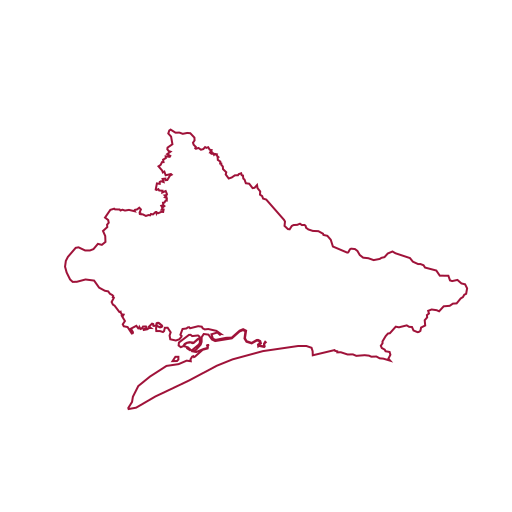 outline of Pedernales, Manabi, Ecuador, rotated 246°
{"feature_id": "8360857B91942112022560", "entity_name": "Pedernales", "entity_type": "district", "adm_level": 2, "iso_a3": "ECU", "parent_name": "Ecuador", "parent_adm1": "Manabi", "projection": "natural_earth1", "projection_center": [-79.906, 0.068], "detail": "fine", "context": "isolated", "style": "outline", "palette": "rose", "viewbox_px": 512, "rotation_deg": 246, "n_neighbors": 0, "source": "geoboundaries", "source_scale": "gbopen_adm2", "svg_char_len": 6153}
<svg xmlns="http://www.w3.org/2000/svg" viewBox="0 0 512 512"><g transform="rotate(246 256 256)"><path d="M389.2,247.9L394.9,245.9L396.4,243.2L397.4,238.8L399.9,236.2L401.4,232.6L406.2,229.4L405.9,227.8L403.6,225.7L399.6,227.0L392.1,225.1L391.0,219.3L389.6,218.4L387.4,218.9L386.1,220.3L385.2,216.3L382.3,218.4L381.7,217.5L383.8,214.0L382.1,213.4L381.8,210.3L379.4,209.7L380.0,208.3L378.0,205.9L377.6,203.4L372.3,205.0L370.2,204.9L370.4,206.6L366.5,206.3L365.5,211.6L364.6,212.0L364.5,210.2L361.5,205.9L362.1,204.1L363.6,204.7L364.4,202.0L361.2,201.6L362.9,199.7L362.8,198.2L361.1,197.4L362.6,195.0L357.5,191.4L356.8,192.0L356.8,194.0L355.2,194.2L353.7,197.1L352.1,196.2L352.1,199.9L348.6,199.8L348.1,199.1L348.5,197.4L347.1,198.1L346.7,196.7L345.1,198.1L342.9,197.0L343.4,196.0L342.1,194.1L342.5,192.7L340.1,192.0L338.9,192.6L338.6,191.5L340.2,191.0L340.4,189.9L337.8,190.1L336.7,188.6L335.9,190.4L334.0,189.1L334.8,187.6L334.9,183.9L335.9,183.1L335.5,182.6L336.7,182.9L337.0,182.1L335.9,178.8L337.1,177.1L336.2,175.9L337.1,174.5L337.4,171.7L340.1,169.5L340.9,167.9L341.7,167.9L341.8,167.0L343.0,167.3L345.4,169.8L347.6,169.0L346.9,166.3L347.4,164.2L347.0,163.3L346.2,163.4L349.8,158.7L350.8,154.8L352.6,152.8L352.7,150.7L354.0,150.3L355.9,146.2L356.9,145.7L357.4,141.7L352.5,133.7L349.0,135.6L346.3,135.0L345.2,132.7L342.9,131.9L341.1,126.4L335.6,126.4L330.1,124.2L328.9,119.7L331.4,116.5L328.4,110.3L328.6,106.6L330.5,102.2L336.1,97.4L336.8,94.6L331.7,83.8L328.9,80.3L323.9,77.2L317.9,76.3L310.2,76.6L306.9,78.0L305.3,81.9L303.9,90.7L299.4,98.1L290.9,99.8L285.7,103.8L283.8,106.6L280.9,107.2L278.7,108.9L277.4,109.3L276.6,108.4L275.6,109.1L272.7,105.4L269.8,105.5L268.2,106.6L260.5,108.4L260.2,109.4L259.2,108.5L259.7,109.4L257.3,109.6L256.3,111.2L255.5,110.2L255.7,109.1L249.9,109.8L247.8,106.5L245.6,106.6L243.3,109.8L235.7,111.0L235.6,112.0L236.4,112.6L240.5,112.2L240.9,118.3L237.7,119.0L237.5,119.7L238.5,120.6L236.3,120.8L236.2,122.0L237.5,124.1L236.4,126.8L234.3,126.8L234.9,123.6L234.1,123.4L233.3,126.8L233.7,129.1L233.0,130.6L235.0,129.5L236.5,133.5L235.7,134.4L234.1,133.8L233.6,134.3L233.1,136.7L234.9,137.7L235.1,138.3L234.8,139.5L234.1,140.2L230.8,141.8L230.0,141.8L229.5,140.9L229.8,139.3L232.5,136.9L230.9,135.4L228.0,134.4L226.5,137.7L224.4,140.1L224.8,141.5L227.5,143.5L226.4,146.1L221.0,147.0L218.5,144.7L214.8,143.8L211.4,148.4L211.1,152.1L212.5,154.9L213.2,155.5L214.8,154.9L219.2,159.2L218.1,162.9L218.5,164.7L218.1,166.0L216.8,166.4L215.4,174.6L213.5,177.7L211.6,177.9L209.8,179.3L208.7,182.7L203.7,189.4L199.0,192.2L199.6,191.0L197.9,191.4L201.8,189.6L202.6,183.5L197.9,183.0L195.8,185.0L193.4,195.5L191.3,200.6L194.5,210.7L194.4,214.5L191.8,216.6L185.4,212.5L182.1,212.7L178.4,216.7L179.0,222.5L178.4,223.9L176.6,225.3L174.3,225.0L174.2,222.6L173.5,222.2L170.0,226.5L172.6,227.6L173.9,229.5L173.2,229.8L172.5,227.8L169.8,227.1L169.6,226.4L172.7,222.1L172.5,221.3L174.3,221.8L174.8,224.6L177.7,223.9L178.4,221.9L177.9,216.5L181.5,212.4L185.3,211.9L191.5,215.7L193.6,214.0L193.7,210.2L190.6,200.4L194.9,184.1L197.6,181.8L203.5,180.6L206.0,176.5L203.9,173.3L199.7,171.4L197.5,169.4L194.8,163.2L194.2,160.0L192.6,162.3L192.4,170.3L191.8,173.8L192.4,174.8L194.3,174.9L194.4,175.4L193.8,177.0L194.1,175.1L192.5,175.1L191.2,174.2L192.0,169.1L188.9,159.3L188.9,158.2L190.0,158.0L190.0,156.7L188.2,154.1L186.4,153.6L188.6,150.1L188.7,141.3L192.0,129.5L189.0,110.2L185.1,95.6L177.5,86.3L173.1,83.4L169.1,77.5L168.0,77.4L166.2,84.8L168.6,107.0L169.5,144.1L171.7,175.5L171.1,192.6L166.3,223.6L156.7,257.7L153.3,265.4L149.6,269.4L146.0,269.0L142.2,267.5L138.1,289.5L137.1,289.7L135.9,291.5L134.9,291.1L133.6,294.3L128.8,299.6L126.7,304.5L124.0,307.0L121.2,314.9L119.0,318.7L117.1,320.4L115.2,325.1L112.2,327.4L110.5,330.5L105.8,336.0L108.4,335.2L111.1,338.6L114.0,339.0L116.3,335.6L118.1,335.5L120.8,333.5L123.2,333.5L124.8,336.1L126.5,336.8L130.1,341.9L131.5,345.0L131.0,346.9L134.6,354.9L132.7,357.6L131.3,365.5L129.0,367.1L127.7,369.6L123.9,369.6L120.7,372.6L120.4,373.7L120.7,375.7L123.5,377.7L123.7,382.3L128.7,384.0L130.3,387.4L132.5,388.1L133.1,390.6L135.9,391.0L135.7,394.7L133.0,399.0L131.0,400.8L133.7,407.0L131.7,412.7L132.4,416.5L131.1,420.0L134.0,425.8L134.3,428.3L135.9,430.5L136.0,432.6L140.6,435.7L145.1,435.5L147.4,432.5L152.2,430.3L153.3,425.0L154.8,423.3L159.7,423.7L163.3,415.9L169.4,414.8L176.7,405.7L179.4,405.3L181.8,402.9L182.7,400.8L187.0,397.0L191.5,395.8L201.8,384.5L204.6,382.5L204.7,377.4L202.7,372.9L203.3,369.9L203.0,367.8L204.4,361.8L208.3,357.7L210.9,353.2L214.7,351.2L219.4,350.7L222.1,349.2L224.0,345.9L223.9,344.6L221.8,341.7L222.0,340.7L233.4,330.1L240.4,330.9L245.4,329.4L247.8,326.2L249.1,326.3L253.3,323.1L255.8,318.1L259.0,314.6L261.5,313.2L263.1,313.6L264.6,313.0L265.6,310.5L267.6,309.3L267.7,306.3L269.0,302.9L268.9,300.9L266.7,297.6L267.6,296.1L271.9,294.3L275.7,296.5L277.6,296.3L303.4,288.3L305.6,285.8L308.2,286.0L310.4,284.6L313.3,286.1L317.4,285.0L320.4,285.8L318.9,282.4L319.4,280.5L324.8,279.2L326.6,276.3L330.5,276.6L331.9,275.9L334.8,276.8L335.6,275.8L337.6,276.1L337.8,273.5L337.1,272.4L338.3,269.5L337.6,265.8L337.9,262.6L342.8,261.5L344.6,262.9L348.8,261.2L351.3,262.1L353.1,261.4L354.6,261.9L355.1,260.9L356.8,261.8L359.3,260.2L361.8,261.1L361.8,261.8L364.1,260.9L364.8,261.6L366.0,260.0L365.5,258.8L367.1,258.7L367.2,257.3L368.3,256.4L369.0,256.9L368.8,257.9L369.5,258.0L369.7,256.8L370.9,258.4L372.0,256.9L374.8,256.6L375.0,254.6L376.2,253.8L375.1,251.3L375.5,248.9L378.1,247.4L378.4,244.7L379.1,244.3L380.1,245.4L383.0,244.3L385.1,244.5L386.6,246.9L389.2,247.9ZM205.4,171.6L207.0,170.7L208.8,165.1L210.6,164.2L211.2,162.7L208.3,150.4L205.7,148.9L203.3,150.2L203.2,152.8L204.7,155.1L204.9,157.5L204.4,160.1L202.2,163.9L203.8,168.9L204.0,171.2L205.4,171.6ZM204.7,157.6L204.2,154.8L202.6,153.9L200.2,156.7L195.8,158.6L198.4,167.9L199.9,169.7L203.4,170.8L203.6,169.3L201.9,163.6L202.3,162.3L203.6,161.3L204.7,157.6ZM195.5,144.1L196.7,141.4L193.9,137.0L192.2,141.1L193.0,143.0L195.5,144.1ZM230.6,141.7L234.3,139.8L234.8,137.9L232.9,136.8L230.5,138.7L229.7,140.9L230.6,141.7ZM196.3,157.7L199.1,157.0L200.3,155.1L196.3,157.7Z" fill="none" stroke="#9f1239" stroke-width="2"/></g></svg>